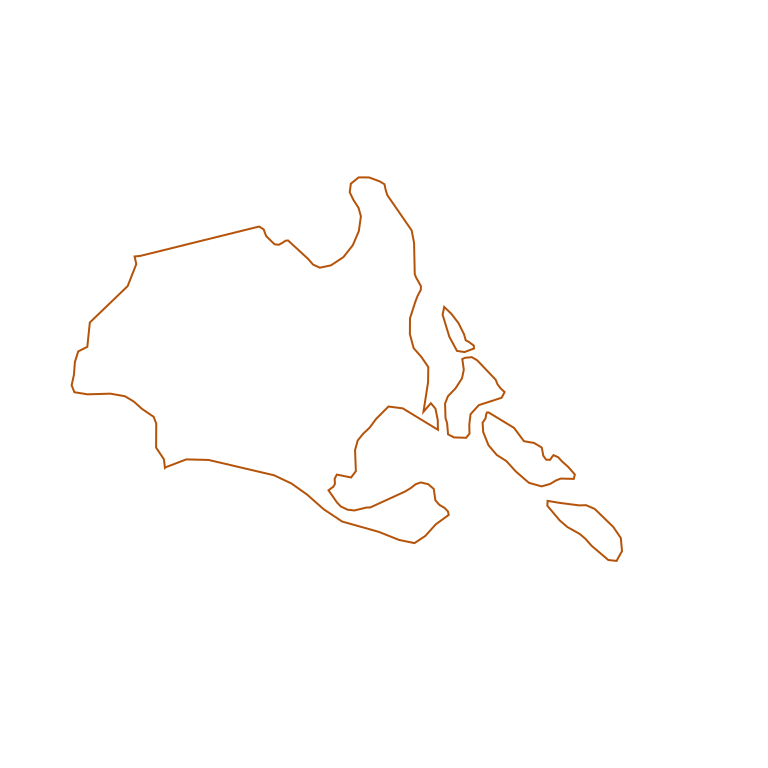 an SVG outline of Albay, rotated 28°
{"feature_id": "PHL-2536", "entity_name": "Albay", "entity_type": "Province", "adm_level": 1, "iso_a3": "PHL", "parent_name": "Philippines", "parent_adm1": "", "projection": "albers", "projection_center": [123.793, 13.252], "detail": "fine", "context": "isolated", "style": "outline", "palette": "amber", "viewbox_px": 768, "rotation_deg": 28, "n_neighbors": 0, "source": "natural_earth", "source_scale": "10m", "svg_char_len": 2603}
<svg xmlns="http://www.w3.org/2000/svg" viewBox="0 0 768 768"><g transform="rotate(28 384 384)"><path d="M290.7,207.4L293.7,211.1L298.1,215.6L336.3,235.4L344.3,245.3L359.6,272.6L362.3,274.9L370.6,280.2L372.3,283.6L372.3,290.5L372.9,295.7L376.1,313.8L383.5,327.9L393.3,338.4L404.4,342.6L415.2,348.3L422.1,361.8L431.9,390.0L434.4,379.0L441.0,381.6L448.4,390.6L453.1,399.1L412.0,396.7L398.5,401.8L393.4,418.6L391.8,429.4L388.9,437.9L387.3,446.2L389.5,456.0L400.1,474.2L398.8,482.0L384.9,486.1L384.9,490.8L387.6,495.3L387.5,498.4L384.9,503.9L398.2,510.7L403.3,512.4L410.7,512.1L417.2,509.6L426.5,501.3L429.8,499.5L453.1,469.0L456.5,463.3L458.9,457.8L462.6,453.7L470.1,451.7L477.2,453.3L483.9,462.5L489.5,464.7L495.7,465.0L500.3,466.5L502.6,469.2L495.6,483.6L491.8,498.8L485.6,510.2L470.5,514.6L448.8,517.0L411.5,525.1L389.6,522.9L368.3,517.8L349.1,515.3L329.8,516.2L264.8,533.4L244.8,543.4L230.4,559.9L230.0,560.9L225.0,553.8L212.6,547.1L201.5,525.9L196.0,521.1L182.0,519.6L171.6,517.0L161.1,516.4L146.9,521.0L127.1,532.3L114.5,536.6L108.8,531.8L105.9,521.4L100.8,509.8L98.7,498.8L104.6,490.5L95.4,467.8L111.7,417.9L109.0,394.4L103.9,388.5L108.7,385.3L199.8,303.6L205.2,304.0L210.4,308.7L221.8,312.0L225.7,310.5L228.0,307.1L229.8,303.7L231.9,302.3L258.0,309.1L265.4,311.9L272.8,311.4L281.5,304.1L288.6,291.0L291.3,276.1L290.0,260.9L284.9,246.8L278.8,240.4L270.7,235.9L263.7,230.8L260.7,222.7L264.6,213.5L273.9,208.6L285.2,207.1L290.7,207.4ZM596.1,378.7L587.9,382.8L584.5,384.5L581.2,388.3L577.6,394.3L571.2,400.4L567.1,401.3L558.4,403.2L553.4,402.1L541.3,399.3L528.2,394.6L516.8,393.7L505.0,389.0L494.2,379.9L489.2,371.9L489.8,366.6L488.5,363.1L488.3,360.8L489.2,360.3L489.7,360.0L519.4,361.7L534.4,368.8L539.7,367.1L544.1,365.6L552.4,366.0L553.1,366.1L553.8,366.9L558.4,372.6L562.8,374.7L566.3,372.9L566.5,370.1L567.1,367.2L572.2,366.9L577.6,368.8L585.5,370.7L595.0,374.3L595.7,377.1L596.1,378.7ZM474.6,370.1L478.5,380.1L482.8,387.7L481.8,392.9L470.9,398.3L464.2,398.4L458.0,388.8L454.4,385.4L447.1,372.6L446.2,364.8L449.2,354.2L450.2,342.4L447.8,334.0L441.4,325.2L443.4,322.7L448.9,319.1L455.1,319.3L480.6,327.8L484.3,330.9L488.9,333.1L494.3,334.5L494.3,340.9L477.6,358.2L474.6,370.1ZM634.8,426.2L627.1,424.5L613.2,424.2L603.3,422.0L585.4,414.8L583.3,410.4L595.2,406.4L613.4,399.5L619.4,396.1L628.7,395.4L653.4,402.5L665.4,408.8L672.6,419.8L672.4,431.0L664.7,434.1L643.3,429.4L634.8,426.2ZM419.5,311.6L403.2,295.3L401.0,287.7L410.8,290.5L421.2,295.3L431.3,302.5L435.6,307.0L439.0,307.0L445.2,307.9L446.8,310.4L440.1,318.0L432.9,320.5L419.5,311.6Z" fill="none" stroke="#b45309" stroke-width="2"/></g></svg>